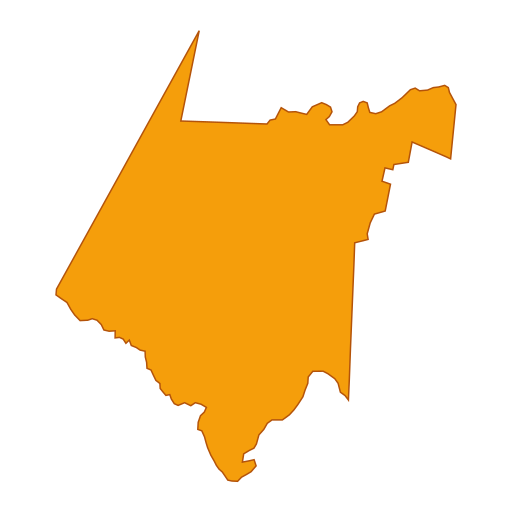 outline of Cabaceiras, Paraíba, Brazil
{"feature_id": "56859067B3444043587564", "entity_name": "Cabaceiras", "entity_type": "district", "adm_level": 2, "iso_a3": "BRA", "parent_name": "Brazil", "parent_adm1": "Paraíba", "projection": "natural_earth1", "projection_center": [-36.284, -7.453], "detail": "fine", "context": "isolated", "style": "filled", "palette": "amber", "viewbox_px": 512, "rotation_deg": 0, "n_neighbors": 0, "source": "geoboundaries", "source_scale": "gbopen_adm2", "svg_char_len": 1995}
<svg xmlns="http://www.w3.org/2000/svg" viewBox="0 0 512 512"><path d="M348.4,400.0L349.3,379.9L350.5,347.7L353.9,265.1L354.7,242.8L368.1,239.4L367.2,233.8L370.2,222.9L374.4,214.1L385.2,211.0L390.5,184.2L382.0,181.2L385.0,167.9L392.8,169.7L393.9,164.5L408.3,162.3L412.1,142.0L446.4,156.9L450.6,158.9L456.0,104.6L449.5,92.5L448.3,87.6L444.7,85.4L438.6,87.0L433.3,87.6L427.5,90.1L419.5,90.8L415.2,88.1L410.4,89.7L402.0,97.8L394.8,103.3L389.7,105.8L381.6,111.8L375.7,113.7L369.8,112.4L368.3,107.5L367.2,102.9L363.2,101.4L359.6,102.9L357.7,106.8L357.3,111.7L354.3,116.0L347.8,122.3L342.7,124.8L329.6,124.8L325.9,119.6L329.3,116.6L332.0,111.8L330.5,107.1L326.4,104.6L321.7,102.7L312.3,106.8L306.7,114.4L300.8,113.0L295.7,111.7L288.5,112.0L281.2,107.7L275.4,119.0L270.1,120.1L267.0,124.0L261.0,123.8L219.3,122.3L180.8,121.0L199.2,30.7L136.4,144.4L120.1,174.0L56.5,289.1L56.0,294.9L61.5,298.8L67.0,302.5L70.8,309.4L74.7,315.0L80.1,320.6L87.8,320.2L92.2,318.7L97.0,320.2L101.3,324.6L103.9,330.0L109.1,331.2L115.2,330.8L115.1,337.9L119.5,337.4L123.2,339.1L125.9,343.3L129.3,340.1L131.3,345.5L136.3,347.5L140.1,350.1L145.1,351.2L145.3,357.0L146.6,362.3L147.0,368.3L151.0,370.0L153.2,374.8L155.9,380.4L159.9,383.5L160.2,388.5L163.1,392.1L165.9,395.4L169.8,394.6L171.3,399.0L174.3,403.7L178.1,405.4L184.6,402.7L190.8,405.7L195.3,402.7L201.0,404.2L206.4,407.4L204.3,412.1L200.5,415.7L198.2,422.3L197.8,429.4L201.8,430.8L204.5,436.8L206.1,442.7L207.6,447.6L210.9,455.3L214.3,461.2L216.4,465.4L219.1,469.2L222.3,472.0L224.9,475.8L227.8,480.1L231.8,481.0L237.6,481.3L241.5,477.2L246.6,474.4L251.1,471.7L256.1,465.9L254.1,459.7L248.8,460.9L242.4,462.1L243.7,453.8L249.4,450.4L253.9,448.2L256.4,444.0L258.9,434.9L263.8,429.4L267.3,423.3L272.0,419.9L277.1,419.9L282.4,419.9L289.4,414.8L293.9,409.9L297.8,404.6L302.9,396.8L305.1,390.0L307.8,383.3L308.2,377.0L312.8,371.3L323.1,371.2L327.9,373.7L334.8,378.7L338.1,383.3L340.4,392.2L345.1,395.6L348.4,400.0Z" fill="#f59e0b" stroke="#b45309" stroke-width="1.5"/></svg>